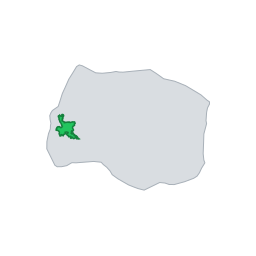 location of Lithipeng, Mohale's Hoek, Lesotho, rotated 53°
{"feature_id": "5366337B6317633557829", "entity_name": "Lithipeng", "entity_type": "district", "adm_level": 2, "iso_a3": "LSO", "parent_name": "Lesotho", "parent_adm1": "Mohale's Hoek", "projection": "albers", "projection_center": [27.697, -30.239], "detail": "fine", "context": "in_parent", "style": "filled", "palette": "green", "viewbox_px": 256, "rotation_deg": 53, "n_neighbors": 0, "source": "geoboundaries", "source_scale": "gbopen_adm2", "svg_char_len": 5263}
<svg xmlns="http://www.w3.org/2000/svg" viewBox="0 0 256 256"><g transform="rotate(53 128 128)"><path d="M162.6,166.6L156.5,168.5L155.7,168.7L151.7,168.2L146.5,168.6L142.4,169.7L139.2,170.0L134.0,175.6L124.5,190.5L121.9,193.7L121.2,199.6L119.0,204.2L116.3,207.9L113.7,208.8L105.8,207.3L95.8,205.4L90.0,200.9L84.7,194.9L82.0,190.6L79.1,188.2L78.1,186.9L74.0,184.9L72.5,183.9L71.1,183.1L69.4,180.3L68.5,177.8L68.8,170.8L65.9,166.6L60.9,159.6L57.8,153.8L53.4,145.9L50.8,139.1L48.0,132.1L48.3,129.0L50.9,127.0L58.6,123.4L64.5,120.6L68.8,115.6L73.4,108.1L75.6,103.6L77.9,101.5L80.4,98.4L84.7,91.3L89.5,83.5L94.7,75.1L101.2,72.7L110.1,69.9L118.7,62.6L128.9,56.5L145.4,49.8L153.1,48.2L156.1,47.2L157.9,48.5L159.8,52.4L162.6,55.6L169.1,61.3L171.8,62.6L178.4,71.0L185.5,76.7L193.7,83.4L199.2,86.7L202.1,87.6L204.4,93.5L206.7,97.8L208.0,101.8L207.7,105.8L204.9,115.3L201.0,125.1L197.9,129.1L194.2,131.6L190.6,135.5L189.1,143.3L187.3,152.5L182.6,156.3L178.9,158.7L173.8,161.8L162.6,166.6Z" fill="#d9dde1" stroke="#a8b0b8" stroke-width="1"/><path d="M99.8,179.9L100.0,179.6L100.0,179.0L100.1,178.9L100.4,178.7L100.6,178.8L101.0,179.5L101.2,179.8L101.4,179.9L101.7,179.9L102.0,179.7L102.0,179.3L102.0,178.9L101.9,178.4L101.9,178.2L102.0,178.0L102.9,178.1L103.3,178.1L103.5,178.0L103.6,177.8L103.9,177.6L104.0,177.3L104.0,176.8L104.1,176.1L104.0,175.9L104.0,175.7L104.0,175.3L104.0,175.1L104.2,174.9L104.4,174.8L104.8,174.7L105.0,174.9L105.2,175.4L105.4,175.6L105.6,175.6L106.1,174.9L106.6,174.5L106.8,174.2L107.2,173.9L107.3,173.6L107.0,173.7L106.5,173.7L106.4,173.7L106.0,174.0L105.8,174.1L105.6,174.1L105.3,174.1L104.8,173.8L104.3,173.8L103.9,174.0L103.3,173.9L103.1,174.0L102.7,174.3L102.6,174.6L102.6,174.8L102.6,175.0L102.3,175.2L102.1,175.3L102.0,175.1L101.9,175.2L101.9,174.9L101.7,175.0L101.6,174.9L101.7,174.7L101.3,174.9L100.8,174.8L100.6,174.9L100.6,175.0L100.2,175.0L99.8,175.1L99.5,175.0L99.3,174.9L99.0,174.9L99.1,175.1L99.5,175.4L99.3,175.5L99.4,175.8L99.2,175.9L99.0,176.0L98.9,176.1L99.1,176.2L99.0,176.4L98.9,176.4L98.3,176.6L98.2,176.6L98.3,176.4L98.2,176.2L98.3,176.1L98.5,176.0L98.3,175.9L98.1,175.9L97.2,175.7L96.8,175.4L96.8,175.2L97.1,175.0L97.1,174.9L97.3,174.7L97.2,174.6L97.1,174.4L97.1,174.2L96.9,174.2L97.0,174.1L97.1,173.9L97.2,173.7L96.9,173.4L96.9,173.2L96.9,172.8L96.8,172.7L96.7,172.7L96.4,172.7L96.1,172.5L95.9,172.5L95.7,172.5L95.3,172.4L95.1,172.5L95.0,172.4L94.8,172.3L94.6,172.1L94.4,172.1L94.0,171.8L93.8,171.6L93.7,171.5L93.7,171.4L93.5,170.9L93.5,170.7L93.7,170.3L93.6,169.6L93.7,169.4L93.7,169.2L93.4,169.1L93.2,168.9L93.0,168.7L92.9,168.6L92.8,168.4L92.7,168.5L92.6,168.4L92.5,168.1L92.4,168.1L92.4,167.9L92.2,167.6L92.3,167.4L91.5,167.1L91.2,167.0L90.9,167.1L90.7,167.3L90.4,167.9L90.1,168.2L89.9,168.3L89.8,168.8L89.6,168.9L89.4,169.5L89.2,169.8L89.2,170.1L89.0,170.7L88.7,170.8L88.6,171.0L88.2,171.1L88.0,171.3L88.0,171.5L87.8,171.5L87.6,171.5L87.5,171.8L87.6,172.1L87.5,172.3L86.8,172.8L86.8,173.0L86.7,173.1L86.6,173.3L86.6,173.5L86.3,174.0L86.2,174.0L85.8,174.5L85.5,174.9L85.5,175.1L85.7,175.3L85.4,175.7L85.2,175.6L84.9,175.5L84.5,175.3L84.3,175.4L84.1,175.6L83.9,175.6L83.5,175.8L83.4,175.8L83.2,176.0L82.9,176.2L82.8,176.4L82.7,176.4L82.4,176.2L82.2,176.0L82.1,175.9L82.1,175.7L81.9,175.3L81.7,175.4L81.3,175.1L81.1,174.9L81.0,174.6L81.1,174.3L81.0,174.2L80.7,174.3L80.6,174.1L80.4,174.0L80.3,173.9L80.2,173.8L80.3,173.7L79.9,173.6L79.9,173.4L79.9,173.0L79.8,172.9L79.8,172.7L79.7,172.7L79.5,172.1L79.2,171.8L78.5,171.7L78.2,171.8L77.9,172.1L77.7,172.2L77.5,172.7L77.7,173.0L78.2,173.0L78.3,173.2L78.4,173.5L78.5,173.9L78.5,174.2L78.2,174.6L77.7,174.7L77.3,174.7L76.9,174.7L76.8,174.9L76.7,174.9L76.8,175.1L76.7,175.2L76.7,175.3L76.6,175.5L76.5,175.8L76.6,176.1L76.5,176.3L76.6,176.5L76.8,176.6L77.0,176.8L77.3,176.9L77.6,176.6L77.8,176.7L78.0,176.8L78.2,177.0L78.5,177.1L78.8,177.2L79.3,177.5L79.3,177.8L79.5,177.8L80.2,178.0L81.7,178.5L81.8,178.4L82.1,178.7L82.3,178.7L83.0,178.7L83.5,178.6L83.8,178.6L84.1,178.7L84.3,178.7L84.5,178.9L85.1,178.9L85.5,179.0L85.9,179.3L86.2,179.3L86.3,179.4L86.7,179.5L87.0,179.4L87.1,179.8L87.4,180.0L87.5,180.2L87.5,180.5L87.5,180.8L87.4,180.9L87.4,181.3L87.2,181.3L87.0,181.6L86.7,181.8L85.8,181.8L85.6,182.0L85.4,182.4L85.4,182.6L85.2,182.8L85.2,182.7L85.1,182.8L84.8,183.1L84.8,183.4L84.9,183.6L85.0,184.0L84.9,184.1L85.0,184.2L85.0,184.3L84.9,184.5L85.0,184.8L85.3,185.3L85.5,185.3L85.6,185.5L85.6,185.4L85.7,185.6L85.9,185.7L86.1,185.9L85.9,185.9L86.0,186.1L85.9,186.2L86.0,186.3L86.5,186.7L86.8,186.5L87.0,186.2L87.5,185.7L88.4,185.3L88.9,185.3L89.2,185.1L89.4,185.1L89.6,185.2L89.9,185.3L90.2,185.5L90.3,185.5L90.9,186.1L91.1,186.2L91.2,186.5L91.5,186.5L92.2,186.8L92.9,186.9L93.5,187.1L93.9,186.4L93.9,186.2L93.7,185.8L93.3,185.6L93.1,185.4L93.1,185.2L94.1,184.6L94.3,184.6L94.7,184.7L94.9,184.6L94.9,184.2L95.1,184.2L95.0,183.9L94.5,183.4L94.4,183.2L94.5,182.8L94.7,182.5L94.7,182.3L94.9,181.7L94.7,181.1L94.4,181.0L93.9,181.0L93.6,180.9L93.5,180.7L94.0,180.2L94.1,179.8L94.2,179.5L94.6,179.2L95.2,178.6L95.4,178.5L95.6,178.5L95.8,178.7L95.9,178.9L95.8,180.2L95.9,180.5L96.0,180.7L96.1,180.8L96.5,180.8L97.3,180.8L97.7,180.6L97.9,180.3L98.3,180.2L98.6,180.5L98.9,180.6L99.2,180.6L99.3,180.6L99.4,180.2L99.8,179.9Z" fill="#22c55e" stroke="#15803d" stroke-width="1.5"/></g></svg>